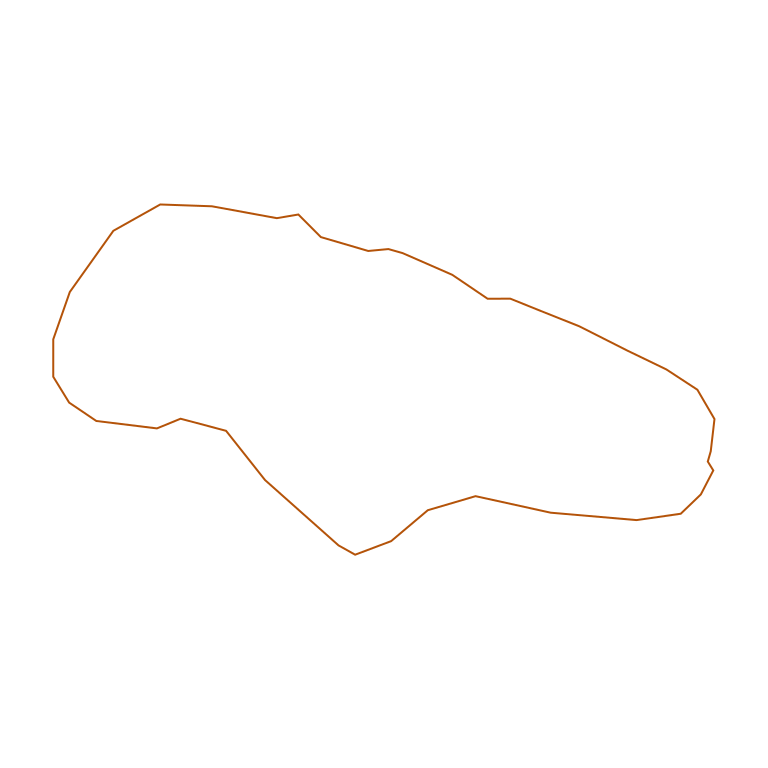 outline of Eauripik, Federated States of Micronesia, rotated 182°
{"feature_id": "79324940B30651235990726", "entity_name": "Eauripik", "entity_type": "district", "adm_level": 2, "iso_a3": "FSM", "parent_name": "Federated States of Micronesia", "parent_adm1": "", "projection": "equal_earth", "projection_center": [143.077, 6.683], "detail": "fine", "context": "isolated", "style": "outline", "palette": "amber", "viewbox_px": 768, "rotation_deg": 182, "n_neighbors": 0, "source": "geoboundaries", "source_scale": "gbopen_adm2", "svg_char_len": 638}
<svg xmlns="http://www.w3.org/2000/svg" viewBox="0 0 768 768"><g transform="rotate(182 384 384)"><path d="M82.9,264.7L63.5,284.7L51.9,309.1L57.7,317.8L55.1,328.2L52.5,360.5L70.6,389.2L102.3,408.4L141.8,425.8L190.9,448.5L229.7,462.4L260.8,473.7L283.4,472.8L319.6,495.5L370.1,515.5L384.3,519.0L404.4,516.4L452.2,528.6L475.5,550.4L496.9,546.0L562.2,555.6L613.9,555.6L659.8,527.7L701.2,465.0L716.1,417.1L714.8,379.7L698.0,354.4L670.2,337.0L609.4,331.7L586.1,342.2L540.2,331.7L499.5,283.8L423.8,221.1L406.9,212.4L371.4,227.2L335.8,259.4L288.6,275.1L212.9,261.2L126.9,256.8L82.9,264.7Z" fill="none" stroke="#b45309" stroke-width="2"/></g></svg>